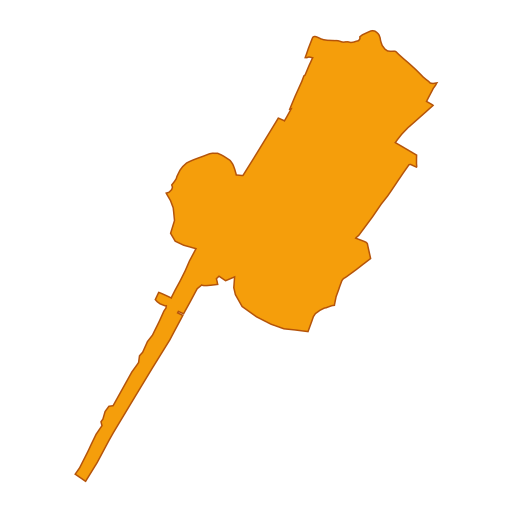 the district of Darasti-Ilfov, Giurgiu, Romania
{"feature_id": "2599482B23648906177266", "entity_name": "Darasti-Ilfov", "entity_type": "district", "adm_level": 2, "iso_a3": "ROU", "parent_name": "Romania", "parent_adm1": "Giurgiu", "projection": "albers", "projection_center": [26.019, 44.304], "detail": "fine", "context": "isolated", "style": "filled", "palette": "amber", "viewbox_px": 512, "rotation_deg": 0, "n_neighbors": 0, "source": "geoboundaries", "source_scale": "gbopen_adm2", "svg_char_len": 3990}
<svg xmlns="http://www.w3.org/2000/svg" viewBox="0 0 512 512"><path d="M85.6,481.3L97.2,462.5L109.2,440.0L113.5,432.4L135.3,396.2L152.5,367.8L154.3,364.9L169.8,339.9L173.7,332.5L181.4,318.1L182.8,315.4L182.6,315.3L177.6,312.9L178.4,311.4L183.4,313.7L183.6,313.8L184.0,313.0L190.4,301.4L195.3,292.2L197.2,288.7L201.7,285.0L201.9,285.2L203.8,285.6L206.6,285.6L211.1,285.2L217.7,284.4L217.1,281.6L216.4,278.7L219.0,276.2L225.6,280.7L234.6,276.9L233.8,287.7L235.4,294.6L242.1,306.5L256.5,316.8L271.0,324.2L283.9,328.8L294.7,329.9L308.0,331.6L308.7,329.7L311.9,320.9L313.4,316.6L315.4,313.6L319.0,311.0L319.9,310.3L324.3,308.1L325.2,307.9L326.1,307.8L326.8,307.5L329.5,306.5L331.8,305.7L332.2,305.6L333.8,305.4L334.4,305.3L334.4,305.1L336.1,296.6L336.2,296.4L339.1,288.4L339.1,288.2L340.2,285.1L341.9,280.6L342.9,279.2L344.2,278.1L345.2,277.6L347.1,276.3L348.3,275.4L355.7,270.0L356.1,269.7L363.8,263.7L364.0,263.6L370.6,258.5L368.0,246.8L367.7,245.4L367.4,243.8L367.0,243.2L366.1,242.3L363.9,241.3L355.7,238.2L356.1,237.6L358.8,235.3L370.6,219.4L372.6,216.7L381.2,204.1L387.6,196.0L391.2,190.8L391.4,190.5L393.0,188.1L395.7,184.1L398.6,179.7L399.6,178.3L402.9,173.4L409.0,164.7L410.5,164.4L413.5,165.8L416.2,167.0L416.5,167.1L416.7,166.7L416.6,164.9L416.5,163.8L416.5,162.1L416.5,161.3L416.5,160.6L416.5,159.2L416.6,155.1L395.3,142.6L397.6,139.4L400.2,136.1L401.9,134.0L403.6,132.2L408.0,127.6L411.5,124.6L423.8,113.7L433.1,105.4L432.7,105.0L426.5,101.4L428.4,97.7L432.1,90.7L433.0,88.9L433.3,88.3L434.8,86.3L435.8,84.8L436.6,83.2L436.8,82.9L433.7,83.4L433.0,83.5L431.6,83.3L430.3,83.1L428.5,81.3L426.1,79.5L423.0,76.9L421.3,75.1L416.1,69.9L412.2,66.3L408.3,62.8L403.6,58.8L399.7,55.3L398.5,54.2L396.1,51.8L394.9,51.2L390.3,51.3L387.5,50.9L384.9,49.1L382.2,45.5L381.1,42.5L380.5,40.3L380.1,37.9L379.1,35.1L378.1,33.7L376.6,32.3L374.9,31.1L373.8,30.9L372.5,30.7L370.7,31.0L367.1,32.6L362.4,34.8L359.9,36.7L359.9,38.8L358.5,40.7L355.7,41.4L354.1,42.0L352.4,42.3L350.8,42.5L347.8,41.8L345.2,41.9L343.7,42.2L341.8,41.9L339.7,41.2L338.3,40.8L336.8,40.6L334.4,40.6L332.1,40.5L330.1,40.4L327.4,40.3L323.5,39.7L322.0,39.2L320.9,38.9L319.8,38.3L317.8,37.4L316.6,36.9L315.1,36.5L314.5,36.5L313.8,36.7L313.0,37.1L312.4,38.1L309.9,44.5L308.5,48.1L306.4,54.3L305.2,57.6L306.9,57.7L308.2,57.1L309.9,57.1L312.7,57.8L312.1,58.9L310.8,61.8L309.2,65.2L305.1,75.0L303.9,75.9L301.7,81.7L299.2,87.2L295.7,95.0L295.5,95.4L294.6,97.5L291.1,105.9L289.8,109.1L291.2,108.8L286.7,117.0L284.7,120.4L284.4,120.9L283.8,120.5L281.3,119.4L279.3,118.5L278.6,118.2L278.3,118.1L269.4,132.7L254.3,157.3L254.2,157.5L243.0,175.4L242.9,175.5L241.8,175.5L236.5,175.0L236.3,175.0L236.0,173.7L234.7,169.2L233.3,165.4L232.5,163.8L230.9,161.5L230.2,160.6L229.5,160.0L225.4,157.3L223.5,156.1L221.1,154.8L218.8,153.8L217.7,153.3L214.4,153.3L212.8,153.2L210.4,153.6L209.2,153.9L205.6,155.3L203.0,156.3L198.0,158.1L193.5,159.8L191.4,160.7L189.4,161.6L186.6,163.0L185.4,164.1L182.7,166.6L180.4,169.6L179.7,170.8L178.2,173.8L176.9,176.5L176.3,178.6L175.5,179.9L174.7,181.1L173.6,182.6L172.5,184.0L171.8,184.8L171.8,185.1L172.0,185.9L172.3,186.4L172.4,187.3L172.0,188.8L171.5,189.8L169.3,192.0L168.9,192.3L167.6,192.7L166.2,193.1L166.4,193.5L167.3,195.1L169.0,198.0L170.1,199.9L170.5,200.6L173.2,207.8L173.7,212.2L174.5,220.6L170.6,233.3L175.2,241.2L181.3,244.1L183.6,245.2L196.0,248.7L189.5,260.9L185.2,270.8L180.6,280.0L180.0,281.2L175.2,290.0L171.9,296.5L171.3,298.0L166.9,295.9L162.3,293.8L159.4,292.6L158.7,292.4L158.6,292.6L157.6,294.7L155.3,299.6L157.2,301.7L160.0,303.8L163.7,305.3L165.0,305.8L166.3,305.8L166.0,308.0L163.9,311.1L159.4,321.1L157.4,325.2L155.2,329.6L152.5,335.1L147.5,341.5L142.7,352.2L139.5,355.8L138.6,362.5L136.9,365.0L131.9,371.9L113.1,405.7L108.9,406.3L105.1,411.5L102.9,419.1L101.0,421.8L102.0,425.7L100.4,428.0L98.8,430.3L97.2,432.7L96.6,433.5L96.1,434.3L91.3,444.2L88.9,449.4L88.7,449.8L87.7,451.9L79.7,467.7L75.2,474.2L79.6,477.2L85.1,481.0L85.6,481.3Z" fill="#f59e0b" stroke="#b45309" stroke-width="1.5"/></svg>